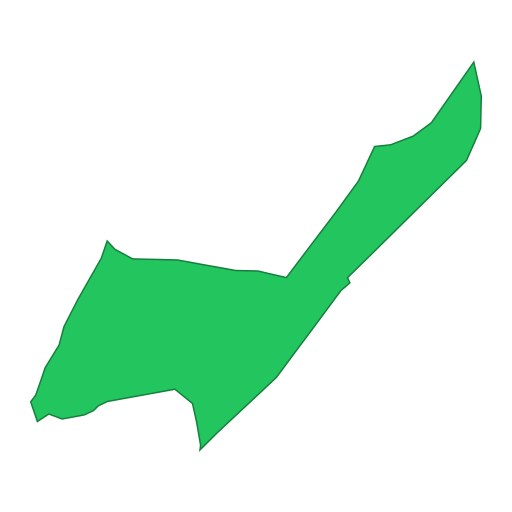 outline of Zaqaziq 2, Ash Sharqiyah, Egypt
{"feature_id": "37247803B33284186287576", "entity_name": "Zaqaziq 2", "entity_type": "district", "adm_level": 2, "iso_a3": "EGY", "parent_name": "Egypt", "parent_adm1": "Ash Sharqiyah", "projection": "robinson", "projection_center": [31.509, 30.601], "detail": "fine", "context": "isolated", "style": "filled", "palette": "green", "viewbox_px": 512, "rotation_deg": 0, "n_neighbors": 0, "source": "geoboundaries", "source_scale": "gbopen_adm2", "svg_char_len": 906}
<svg xmlns="http://www.w3.org/2000/svg" viewBox="0 0 512 512"><path d="M200.0,449.9L217.3,432.7L249.5,402.6L253.8,398.6L276.5,377.3L291.0,357.7L305.5,338.3L314.6,326.1L340.9,290.6L349.9,282.8L347.5,277.7L375.0,250.7L377.5,248.2L466.5,160.4L474.8,141.7L480.6,128.4L481.1,105.4L481.3,96.1L477.2,77.6L473.8,62.1L461.2,80.1L431.4,122.7L413.2,136.1L390.6,144.8L374.6,146.5L358.5,181.0L335.4,212.8L315.3,239.3L290.2,272.5L286.4,277.6L280.3,276.2L268.5,273.5L258.0,271.0L235.6,270.5L232.3,269.9L203.4,264.7L177.5,260.0L159.5,259.5L144.4,259.2L132.6,258.9L114.9,249.3L107.2,241.0L101.3,258.2L78.0,299.2L69.1,316.6L64.0,326.6L59.1,345.0L45.2,367.7L40.5,381.5L35.7,395.2L30.7,401.8L37.4,421.5L48.8,414.0L62.1,419.0L84.6,414.8L93.7,410.4L98.3,405.9L107.3,401.5L123.8,398.5L129.8,397.4L144.1,394.8L174.9,389.2L192.5,403.5L196.6,422.0L200.6,445.2L200.0,449.9Z" fill="#22c55e" stroke="#15803d" stroke-width="1.5"/></svg>